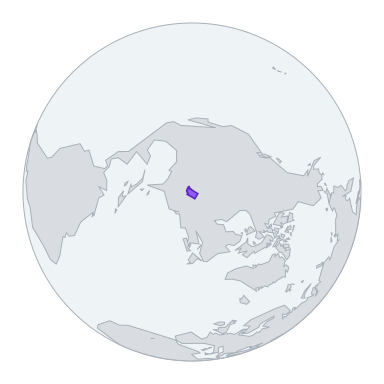 Indiana on an orthographic globe, rotated 121°
{"feature_id": "USA-3547", "entity_name": "Indiana", "entity_type": "State", "adm_level": 1, "iso_a3": "USA", "parent_name": "United States of America", "parent_adm1": "", "projection": "orthographic", "projection_center": [-86.788, 39.771], "detail": "fine", "context": "on_globe", "style": "filled", "palette": "violet", "viewbox_px": 384, "rotation_deg": 121, "n_neighbors": 0, "source": "natural_earth", "source_scale": "10m", "svg_char_len": 11388}
<svg xmlns="http://www.w3.org/2000/svg" viewBox="0 0 384 384"><g transform="rotate(121 192 192)"><circle cx="192" cy="192" r="169" fill="#eef3f6" stroke="#a8b0b8"/><path d="M213.5,359.6L217.3,358.9L214.4,359.2L222.3,357.0L218.6,357.8L222.7,354.3L229.8,349.6L237.5,333.4L234.6,330.2L222.6,327.6L208.2,312.8L212.6,305.2L209.2,301.9L220.3,289.6L217.0,279.0L213.0,277.8L209.2,282.3L195.3,276.0L190.0,267.3L145.9,249.5L141.1,243.9L140.7,235.8L124.6,204.7L132.2,232.6L126.2,226.3L121.2,215.9L123.8,214.2L120.1,199.2L114.6,192.1L113.4,173.3L122.8,152.1L124.7,156.6L126.8,151.3L124.5,145.6L122.5,143.1L126.4,120.4L120.6,104.6L113.5,104.0L119.1,101.0L102.3,103.4L95.8,99.5L106.4,101.3L109.9,99.6L107.1,95.4L110.1,92.9L110.5,89.5L114.3,87.0L120.2,88.7L122.8,87.2L120.7,84.4L123.2,80.4L126.0,84.7L130.6,78.2L141.3,80.9L145.6,96.0L154.7,96.7L167.6,110.6L169.6,107.7L175.7,111.7L180.4,109.9L181.4,113.4L184.2,109.0L182.3,106.2L182.9,103.4L185.5,102.2L187.3,106.3L186.3,107.5L188.1,108.1L187.9,110.8L189.5,108.8L191.4,114.2L193.3,107.2L198.0,110.2L198.2,114.2L193.2,115.8L181.3,130.7L180.0,136.0L183.2,141.4L199.6,147.0L200.2,152.3L204.7,158.0L206.6,153.9L203.8,148.1L208.6,142.3L204.6,136.3L205.9,133.2L203.8,126.6L209.5,125.6L216.2,128.3L218.2,133.9L221.2,135.4L223.6,128.7L231.6,138.2L244.1,143.3L245.6,146.3L240.6,153.9L229.7,157.0L223.3,168.5L232.9,159.2L236.4,167.4L239.2,168.1L242.2,166.8L243.0,163.1L245.3,165.7L236.7,175.5L234.5,173.2L237.2,170.0L232.1,171.8L226.3,179.1L228.5,183.0L217.5,191.2L218.9,194.3L217.3,198.0L215.7,192.4L218.4,202.8L205.7,216.1L209.1,233.9L199.9,220.7L193.0,219.5L184.8,220.1L185.3,223.0L174.0,220.8L164.4,226.6L162.0,240.5L166.7,251.1L179.1,251.9L182.4,246.2L191.3,244.8L185.9,260.3L201.6,261.9L200.6,272.9L205.3,278.1L212.9,276.0L220.9,277.7L226.1,270.8L234.8,266.0L235.4,274.6L239.9,265.8L245.0,268.9L261.9,264.2L260.7,266.5L275.1,271.9L289.8,270.3L293.2,274.6L291.5,278.8L296.4,277.5L296.5,279.7L315.0,272.4L323.7,271.3L322.9,278.5L314.5,291.6L304.4,310.4L288.7,322.7L283.1,329.1L267.9,340.2L258.6,343.4L259.6,344.8L253.0,348.0L246.5,350.1L243.9,351.7L239.0,353.0L241.3,352.9L231.5,356.1L232.0,356.1L231.4,356.3L213.5,359.6ZM42.9,186.7L44.0,183.2L44.3,186.8L42.9,186.7ZM44.0,180.2L43.7,181.6L43.8,180.3L44.0,180.2ZM43.6,178.7L43.8,179.8L43.4,178.9L43.6,178.7ZM42.9,177.0L43.3,177.8L43.2,177.8L42.9,177.0ZM208.7,239.9L226.6,245.9L216.9,248.3L218.7,246.6L214.0,243.7L205.6,241.4L197.0,243.8L208.7,239.9ZM42.3,173.5L42.2,172.5L42.8,172.9L42.3,173.5ZM215.6,229.4L212.5,229.1L215.4,228.6L215.6,229.4ZM121.1,142.5L124.1,145.8L125.1,152.1L122.2,149.7L121.1,142.5ZM119.8,131.1L122.0,131.6L119.5,136.8L119.0,134.8L119.8,131.1ZM107.8,104.4L109.7,106.5L106.8,105.4L107.8,104.4ZM109.8,89.5L108.3,89.8L109.2,88.0L109.8,89.5ZM200.9,127.7L202.3,127.2L202.0,128.7L200.9,127.7ZM198.6,125.4L197.1,127.5L195.8,126.8L196.7,125.5L198.6,125.4ZM115.8,82.5L117.6,79.7L116.8,82.8L115.8,82.5ZM200.7,123.1L193.7,125.2L191.4,123.9L193.1,118.0L200.7,123.1ZM119.4,78.3L123.6,71.8L120.7,71.8L131.4,68.6L124.2,74.9L123.7,78.7L122.0,77.2L119.4,78.3ZM180.6,105.8L182.7,108.8L178.6,107.5L180.6,105.8ZM177.8,105.7L164.4,106.5L162.6,101.9L167.4,102.4L163.2,97.6L168.9,94.9L172.6,97.0L172.6,100.4L174.8,96.8L177.8,105.7ZM136.7,68.1L138.6,67.0L137.7,68.5L136.7,68.1ZM182.8,102.2L180.3,102.7L178.5,98.6L183.3,97.0L182.3,98.8L182.8,102.2ZM159.3,97.8L158.8,94.7L163.3,91.6L163.8,90.0L168.9,94.5L159.3,97.8ZM184.0,99.1L185.8,96.4L189.0,97.2L185.2,101.5L184.0,99.1ZM176.0,98.3L175.4,96.4L177.3,96.9L176.0,98.3ZM201.1,99.3L198.1,99.7L196.9,97.5L201.1,99.3ZM186.2,95.3L185.1,95.0L184.3,94.3L186.1,92.7L186.2,95.3ZM171.7,92.1L173.7,91.6L169.9,90.1L173.1,87.9L175.9,91.4L176.1,89.0L177.0,88.3L178.3,91.9L171.7,92.1ZM185.5,89.0L190.2,93.0L196.1,92.7L197.3,94.5L187.7,94.8L185.5,89.0ZM181.1,90.4L184.1,89.9L184.1,92.3L182.1,94.1L181.1,90.4ZM174.2,85.3L168.6,87.7L168.1,86.9L174.2,85.3ZM187.2,88.4L186.0,87.5L187.6,88.1L187.2,88.4ZM178.2,85.7L176.3,86.6L175.8,85.6L178.2,85.7ZM185.3,85.0L186.8,86.2L185.5,87.4L185.3,85.0ZM182.1,84.9L181.9,83.4L184.1,87.1L181.3,85.5L182.1,84.9ZM178.1,84.6L177.2,84.3L179.0,84.4L178.1,84.6ZM189.5,80.0L192.5,84.4L189.6,86.9L187.0,82.2L189.5,80.0ZM315.6,76.8L305.8,67.3L315.4,78.6L312.1,76.9L300.4,64.6L291.2,55.7L289.6,54.8L291.2,57.8L284.9,53.6L291.3,58.8L291.9,58.3L295.9,61.8L295.6,62.5L293.4,60.9L295.0,63.3L305.2,71.2L306.9,71.5L313.6,80.7L317.0,82.2L320.4,86.2L315.8,85.1L313.0,82.9L308.2,86.0L311.7,89.0L316.6,86.5L317.0,88.3L321.8,93.1L318.4,91.0L312.2,93.5L315.4,103.5L326.9,122.5L327.2,128.8L324.2,132.2L312.5,120.6L313.1,108.0L309.0,104.3L302.5,104.2L303.2,100.5L300.7,99.1L300.3,94.6L293.4,86.5L292.1,82.1L283.4,77.5L281.5,74.8L287.2,78.1L290.4,78.4L286.3,68.6L283.7,66.2L278.4,64.2L277.9,62.1L273.3,61.4L267.9,55.9L270.5,62.3L264.3,60.8L257.8,57.0L256.3,57.8L266.9,64.0L270.7,65.6L273.2,65.0L283.9,71.0L286.7,74.8L277.2,73.3L280.0,78.8L271.4,75.8L248.0,59.8L241.4,54.4L243.1,46.6L248.2,48.0L250.1,51.4L253.9,48.9L250.9,48.8L250.5,47.2L244.5,45.8L243.9,44.7L239.1,45.6L237.8,44.0L240.8,43.5L230.8,40.8L226.3,37.9L224.3,37.9L223.4,38.7L218.3,34.9L217.1,35.1L218.3,36.4L216.5,37.7L211.5,38.8L210.0,37.4L211.6,36.8L212.8,33.8L217.3,32.8L216.2,32.4L211.9,32.9L210.5,36.6L207.9,37.7L207.8,35.7L207.6,36.5L205.9,36.6L202.7,35.5L202.5,37.7L185.0,42.5L177.2,41.4L179.2,38.8L165.4,42.0L157.7,41.4L158.8,42.4L153.0,45.3L155.3,45.5L155.4,46.3L141.5,54.8L137.1,56.0L132.3,61.8L132.9,62.4L135.9,61.8L131.4,68.6L120.7,71.8L119.9,70.0L113.7,73.5L112.9,69.2L109.4,67.6L112.1,61.4L109.1,61.0L107.0,62.5L101.3,63.4L96.8,60.8L109.7,56.2L118.2,60.8L115.6,58.1L118.9,56.9L119.7,54.9L117.6,53.4L115.6,54.3L126.4,44.1L126.8,39.5L120.1,43.3L114.9,45.2L109.5,45.3L114.0,42.1L125.1,36.9L136.4,32.4L148.1,28.8L160.0,26.1L172.0,24.2L184.2,23.2L196.4,23.1L208.6,23.9L220.6,25.5L232.6,28.0L244.3,31.3L255.8,35.5L266.9,40.5L277.6,46.3L287.9,52.9L297.7,60.2L306.9,68.2L315.6,76.8ZM360.1,174.9L360.3,177.3L359.9,175.7L359.9,178.8L357.3,203.0L354.1,204.1L344.7,196.2L343.5,185.7L339.2,178.2L327.4,130.0L329.5,125.5L325.5,103.8L325.8,102.2L331.3,108.6L332.4,101.0L326.7,93.0L322.7,85.1L317.5,78.9L325.1,88.0L332.1,97.6L338.4,107.6L343.9,118.1L348.8,129.0L352.8,140.1L356.0,151.5L358.5,163.1L360.1,174.9ZM336.8,148.9L338.4,151.4L338.5,151.4L336.8,148.9ZM274.5,44.5L274.3,44.6L268.7,41.6L266.5,40.8L269.1,42.2L279.3,47.9L279.6,47.5L274.5,44.5ZM262.4,263.9L264.5,265.0L261.9,265.8L262.4,263.9ZM215.9,252.3L219.5,252.0L221.5,253.2L218.8,254.0L215.9,252.3ZM246.0,247.2L250.0,247.1L245.9,248.9L246.0,247.2ZM229.3,246.5L242.7,247.7L234.7,252.1L226.2,251.4L232.0,249.6L229.3,246.5ZM214.4,235.2L216.7,235.7L216.2,237.5L214.4,235.2ZM217.7,229.1L216.8,229.4L215.5,228.0L217.7,229.1ZM236.9,166.8L237.6,166.1L240.8,165.5L239.6,167.3L236.9,166.8ZM253.0,154.8L256.4,159.3L253.1,157.1L252.1,160.3L244.1,160.0L245.9,147.7L246.5,153.2L253.0,154.8ZM233.8,156.8L238.7,158.0L233.3,157.2L233.8,156.8ZM286.9,97.0L288.8,95.9L292.0,98.5L293.7,105.2L289.1,101.3L286.9,97.0ZM290.8,93.8L280.9,91.1L279.4,87.2L281.9,89.8L282.0,87.5L286.0,91.0L294.3,90.4L297.6,92.7L298.9,103.1L296.6,98.2L294.9,99.5L290.8,93.8ZM258.2,94.6L253.9,94.4L256.3,86.1L260.0,87.3L262.0,93.7L258.7,96.1L258.2,94.6ZM205.0,112.7L203.2,113.8L202.7,112.6L203.8,110.6L205.0,112.7ZM199.8,99.6L212.4,106.7L210.9,108.3L220.0,111.1L219.8,116.4L213.9,114.3L220.5,120.7L215.1,121.0L220.0,125.0L207.0,119.8L202.4,120.6L207.6,117.7L207.9,112.7L206.7,110.8L199.8,106.2L190.1,105.9L188.9,101.2L190.6,98.1L192.8,97.4L192.9,100.6L195.7,97.5L197.5,101.6L199.8,99.6ZM211.5,68.8L210.8,71.8L216.7,68.0L218.5,71.3L219.1,70.7L222.4,72.8L227.4,74.5L227.4,76.2L229.4,76.1L231.6,77.7L234.2,78.2L235.3,81.6L238.7,82.6L237.3,83.7L242.7,84.6L239.2,85.5L241.7,87.8L243.8,85.7L243.3,104.5L245.8,112.3L249.9,118.6L243.2,119.8L235.2,114.9L227.5,107.5L226.0,100.1L223.3,102.2L221.8,99.3L224.6,98.8L219.4,97.9L218.8,95.5L212.0,90.1L204.8,90.7L202.1,88.9L204.6,87.5L200.2,86.7L203.2,82.9L201.3,81.6L202.5,76.8L208.5,75.1L205.9,73.8L206.7,70.3L211.5,68.8ZM190.0,78.6L196.8,75.4L201.1,75.8L197.4,84.1L198.6,85.8L196.4,91.6L190.1,91.0L191.4,89.4L191.1,87.7L193.2,88.5L191.3,86.6L192.9,84.3L191.9,82.3L194.4,81.8L190.0,78.6ZM323.1,98.0L322.8,96.4L321.7,93.5L324.7,96.7L323.1,98.0ZM319.1,99.8L318.4,97.9L322.1,100.5L322.4,102.4L319.1,99.8ZM314.8,94.9L318.1,97.7L316.5,97.2L314.8,94.9ZM286.2,76.5L285.0,74.6L286.1,74.8L288.2,76.3L286.2,76.5ZM229.4,59.6L228.3,60.9L227.2,60.5L222.1,61.8L220.4,59.6L222.7,58.0L229.4,59.6ZM309.2,70.6L312.8,74.1L312.8,74.4L311.6,73.1L309.2,70.6ZM320.5,85.5L319.4,83.0L321.4,86.4L320.5,85.5ZM226.7,57.5L224.8,58.2L225.1,56.7L226.7,57.5ZM218.8,58.2L218.6,56.4L219.6,59.5L218.8,58.2ZM209.0,42.6L218.0,43.0L223.4,42.4L224.5,40.4L226.7,43.6L218.5,44.5L209.0,42.6ZM188.2,42.5L187.2,44.6L185.0,44.0L185.0,43.4L188.2,42.5ZM189.4,43.6L193.0,45.9L190.8,47.2L188.4,45.2L189.4,43.6ZM210.2,50.8L213.0,51.0L212.6,52.1L210.2,50.8ZM97.6,51.9L98.6,51.2L97.6,52.1L93.6,54.6L93.2,54.9L97.6,51.9ZM99.9,50.4L103.0,49.4L96.7,53.7L94.6,54.9L95.8,53.4L99.1,51.2L99.9,50.4ZM101.9,50.5L105.1,48.5L116.4,45.1L117.2,45.5L105.3,49.8L107.7,48.2L106.0,48.5L101.9,50.5ZM137.4,66.4L138.5,66.9L136.6,67.3L137.4,66.4ZM156.8,46.3L156.6,47.5L154.4,47.8L156.8,46.3ZM154.9,50.9L157.5,49.8L155.3,51.6L154.9,50.9ZM163.4,47.2L158.9,49.6L162.3,46.5L163.4,47.2Z" fill="#d9dde1" stroke="#a8b0b8" stroke-width="1"/><path d="M196.4,186.3L196.4,186.5L196.4,187.0L196.4,187.5L196.4,187.9L196.4,188.2L196.4,188.4L196.4,188.7L196.4,188.9L196.4,189.1L196.4,189.4L196.4,189.6L196.4,189.9L196.4,190.1L196.4,190.3L196.4,190.6L196.5,190.8L196.5,191.1L196.5,191.3L196.5,191.5L196.5,191.8L196.5,192.0L196.5,192.3L196.5,192.5L196.5,193.0L196.5,193.5L196.5,193.9L196.5,194.0L196.4,194.0L196.5,194.2L196.5,194.3L196.4,194.4L196.4,194.5L196.5,194.5L196.6,194.8L196.3,194.8L196.1,194.9L195.8,195.1L195.7,195.1L195.4,195.0L195.1,195.0L195.1,195.4L195.2,195.5L194.9,195.8L194.7,195.9L194.6,196.2L194.6,196.3L194.4,196.4L194.2,196.4L194.2,196.5L194.0,197.0L193.9,197.2L193.7,197.3L193.6,197.2L193.4,197.1L193.2,197.0L193.2,196.9L193.0,196.7L192.9,196.6L193.0,196.7L193.0,196.8L192.9,196.9L192.7,196.8L192.8,196.9L192.8,197.0L192.7,197.1L192.6,197.4L192.5,197.5L192.4,197.5L192.2,197.5L192.0,197.4L191.9,197.2L191.8,197.3L191.7,197.4L191.5,197.5L191.4,197.5L191.3,197.8L191.2,197.8L191.1,197.7L190.9,197.6L190.7,197.5L190.7,197.4L190.4,197.4L190.3,197.5L190.2,197.5L190.1,197.4L190.1,197.5L189.9,197.7L189.7,197.6L189.4,197.4L189.3,197.5L189.3,197.8L189.2,197.8L189.0,197.7L188.9,197.7L189.0,197.7L188.9,197.5L189.0,197.5L189.1,197.4L189.1,197.2L189.3,197.0L189.2,196.9L189.3,196.8L189.3,196.7L189.2,196.6L189.3,196.5L189.3,196.4L189.5,196.3L189.6,196.2L189.8,196.0L189.8,195.9L189.9,195.7L190.0,195.7L190.1,195.4L190.1,195.2L190.3,195.2L190.3,194.8L190.3,194.7L190.2,194.6L190.3,194.5L190.3,194.4L190.2,194.3L190.2,194.2L190.0,193.9L190.1,193.7L190.1,193.4L190.3,193.2L190.3,192.7L190.3,192.2L190.3,191.8L190.3,191.4L190.3,191.0L190.3,190.5L190.3,190.1L190.3,189.7L190.4,189.2L190.4,188.8L190.4,188.4L190.4,188.0L190.4,187.5L190.4,187.1L190.4,186.7L190.4,186.3L190.4,186.1L190.7,186.1L190.9,186.1L191.0,186.1L191.3,186.1L191.6,186.1L191.8,186.1L192.1,186.1L192.3,186.1L192.5,186.1L192.8,186.1L193.0,186.1L193.3,186.1L193.5,186.1L193.8,186.1L194.0,186.1L194.3,186.1L194.5,186.1L194.8,186.1L195.0,186.1L195.4,186.1L195.5,186.1L195.9,186.1L196.0,186.1L196.4,186.1L196.4,186.3Z" fill="#8b5cf6" stroke="#5b21b6" stroke-width="1.5"/></g></svg>